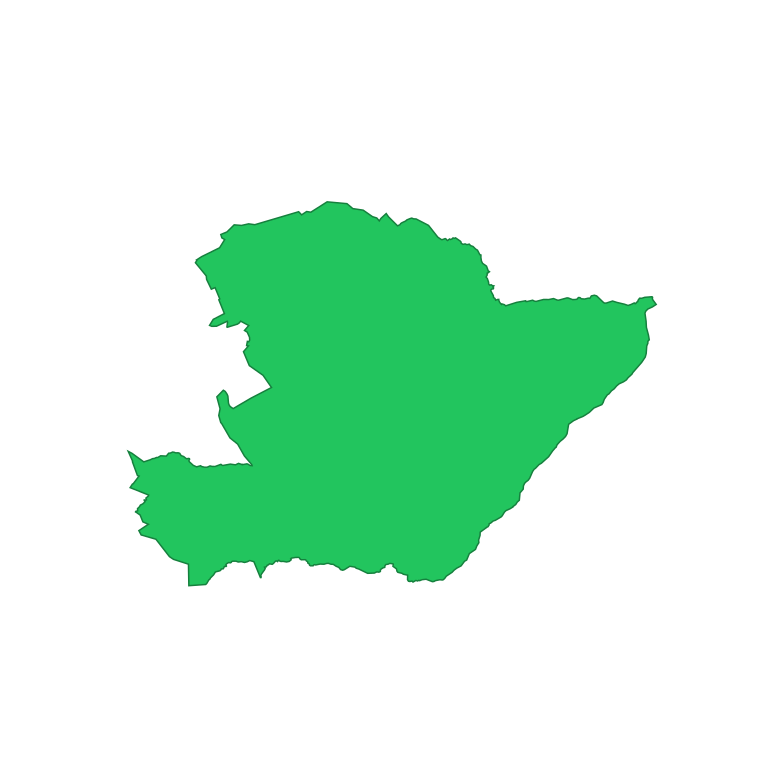 Mutare, Manicaland, Zimbabwe, rotated 248°
{"feature_id": "62879985B35185654442710", "entity_name": "Mutare", "entity_type": "district", "adm_level": 2, "iso_a3": "ZWE", "parent_name": "Zimbabwe", "parent_adm1": "Manicaland", "projection": "robinson", "projection_center": [32.311, -19.249], "detail": "fine", "context": "isolated", "style": "filled", "palette": "green", "viewbox_px": 768, "rotation_deg": 248, "n_neighbors": 0, "source": "geoboundaries", "source_scale": "gbopen_adm2", "svg_char_len": 6171}
<svg xmlns="http://www.w3.org/2000/svg" viewBox="0 0 768 768"><g transform="rotate(248 384 384)"><path d="M355.8,666.2L361.2,664.8L362.6,664.8L363.8,665.5L364.5,665.2L366.7,658.2L366.9,655.2L367.8,653.1L366.5,651.0L365.3,650.1L365.2,648.9L364.3,647.4L364.4,646.9L365.4,646.4L365.2,642.7L365.4,639.7L367.8,637.0L372.4,630.5L375.3,627.0L375.8,620.4L376.4,618.7L377.7,617.9L386.0,614.2L387.5,612.3L388.0,609.3L386.3,606.9L387.1,605.5L387.6,601.9L389.1,598.9L390.6,598.1L391.2,597.1L391.3,596.6L390.3,594.5L390.9,592.4L391.6,590.5L394.7,587.1L395.3,585.9L396.3,577.2L396.9,576.1L399.7,573.2L400.6,568.4L402.6,563.6L403.6,556.0L404.4,554.6L406.0,553.2L406.9,547.3L407.4,546.4L408.1,546.5L410.0,537.6L410.9,526.1L412.4,525.4L414.1,523.3L413.8,522.7L416.4,521.8L418.8,521.8L419.4,522.1L419.8,521.1L419.9,518.9L421.8,518.9L423.1,518.0L425.0,518.5L430.4,517.9L431.4,518.7L431.6,519.6L431.3,521.0L432.0,521.6L433.1,521.3L433.8,522.6L434.7,521.3L435.9,520.5L436.0,519.1L437.3,518.5L439.3,519.1L443.1,519.3L444.9,518.7L446.3,520.4L448.2,521.3L448.1,522.1L448.5,522.3L448.2,522.3L448.6,523.9L448.9,523.8L449.2,523.0L454.9,523.2L458.9,520.6L461.5,520.4L464.9,521.2L467.3,522.2L468.0,521.3L473.1,520.8L474.8,519.5L478.1,518.1L479.8,516.2L481.8,515.4L481.9,514.0L482.5,512.6L483.5,511.7L483.9,509.5L485.6,508.3L486.8,508.6L488.0,508.2L492.7,505.1L492.7,503.9L493.6,502.7L493.1,501.7L493.0,499.9L493.9,499.1L493.2,496.7L493.6,496.3L495.1,495.9L495.9,495.2L496.0,492.3L496.4,491.3L500.0,488.9L514.4,484.7L525.0,475.6L526.0,473.4L527.4,471.9L527.6,470.4L527.6,466.7L527.0,465.0L526.8,461.0L526.5,459.5L525.7,458.5L525.6,455.8L537.3,450.8L541.2,449.9L538.7,443.2L537.0,440.7L540.6,439.5L543.5,436.0L553.0,429.8L558.3,420.8L565.1,417.2L574.2,399.5L570.7,380.5L572.9,376.9L571.7,371.0L575.7,369.4L580.1,323.9L583.2,318.5L584.4,311.3L587.7,304.7L583.8,295.3L583.8,288.7L580.2,288.4L577.6,290.4L571.9,282.6L570.4,262.6L569.4,257.4L569.3,257.6L567.1,254.6L550.8,259.7L547.4,258.7L536.6,259.4L536.6,263.5L524.4,263.6L524.0,262.4L509.1,262.4L507.9,249.9L503.7,244.2L502.0,245.9L500.3,250.3L500.9,262.1L500.0,262.1L495.7,259.7L495.3,260.1L494.4,270.6L494.9,272.8L496.0,274.6L488.9,280.5L485.9,274.7L483.3,276.6L477.7,276.8L475.0,275.9L473.8,274.4L474.7,273.3L471.1,271.0L470.1,272.6L466.6,265.8L451.5,266.0L437.4,275.1L422.9,278.4L420.7,255.3L417.7,234.9L420.8,232.9L423.0,232.5L424.7,232.7L431.2,234.7L433.2,234.7L436.6,234.0L438.4,232.7L434.7,224.2L422.4,222.7L416.7,219.0L409.4,218.2L408.0,218.7L391.7,221.0L383.1,225.8L369.6,227.6L358.8,231.2L357.7,231.1L358.6,229.3L360.7,227.8L361.3,227.0L362.3,222.4L362.6,222.5L363.0,221.6L364.9,219.4L364.7,216.0L367.3,211.5L368.8,204.2L369.2,203.5L370.6,202.7L370.8,196.5L372.0,193.7L373.2,192.0L373.1,188.9L374.1,186.4L375.9,183.9L376.9,183.4L377.4,179.2L380.0,176.7L384.8,174.4L385.9,174.3L387.1,175.6L387.7,175.6L388.2,175.0L388.6,173.1L389.2,172.5L391.8,171.1L393.6,169.1L396.3,168.6L397.3,167.4L398.2,165.0L399.2,164.0L400.1,162.5L400.0,160.0L400.5,158.4L398.7,155.2L401.1,150.0L400.6,146.8L401.1,145.5L401.0,143.3L401.5,141.4L401.3,139.0L401.8,132.1L414.1,124.4L417.4,121.6L406.7,122.0L406.1,121.6L391.6,121.1L390.4,122.4L385.4,114.0L385.5,113.3L383.0,109.8L369.2,124.2L368.4,123.5L367.4,120.5L365.6,120.4L365.6,119.6L366.3,118.3L365.7,118.0L364.7,118.5L364.2,118.0L363.2,115.4L363.0,112.8L361.7,111.1L360.8,108.8L358.7,108.1L358.9,106.1L358.5,105.7L353.9,108.8L346.5,108.8L342.2,113.0L339.9,101.8L335.0,102.3L325.5,114.4L304.3,120.4L300.3,123.1L290.2,135.2L270.1,127.5L264.9,143.6L265.5,145.0L268.0,148.2L268.2,149.3L269.2,150.5L270.9,154.5L272.9,157.3L272.3,161.9L272.7,163.1L273.4,163.8L272.9,165.8L274.6,167.7L274.0,169.3L274.2,169.7L275.8,169.8L276.4,171.1L276.6,173.3L275.8,174.3L275.8,175.5L276.4,176.2L276.4,177.4L275.1,180.5L273.6,182.1L272.7,185.2L270.8,187.8L270.4,190.6L270.6,193.4L268.0,196.8L250.8,196.9L250.6,197.4L251.2,197.9L252.0,197.6L253.7,199.2L256.5,203.7L257.6,204.8L258.9,204.6L258.6,206.5L259.7,207.8L259.6,209.1L260.2,210.4L258.7,212.8L259.0,214.2L260.4,217.0L260.2,218.1L259.2,218.8L260.0,219.9L260.0,220.5L259.0,220.9L258.0,222.0L257.4,223.9L255.5,227.0L255.0,229.7L255.8,232.1L256.9,232.0L257.2,233.0L256.4,236.7L255.4,239.5L254.8,240.4L252.9,240.7L252.0,241.5L250.6,245.2L250.1,245.6L249.1,245.7L247.8,246.6L246.5,246.3L245.1,247.3L243.9,247.1L243.0,247.7L242.0,250.2L242.6,251.2L242.6,251.7L241.8,252.9L241.0,257.3L239.4,260.8L239.1,263.7L238.6,265.2L236.8,267.3L235.8,269.4L233.0,271.3L230.9,273.4L228.2,274.2L227.3,275.3L226.8,276.0L226.7,277.8L227.8,284.0L225.1,288.5L223.6,289.2L222.0,291.2L214.6,297.9L212.3,304.3L212.5,306.9L211.5,308.7L211.4,309.8L211.7,310.5L212.8,310.9L213.4,311.8L213.9,314.1L213.7,316.0L215.3,316.9L215.9,318.2L215.4,320.3L215.5,322.2L213.9,324.9L213.4,325.1L211.6,324.0L208.0,326.3L205.5,325.9L204.2,326.3L201.7,329.8L200.4,330.6L197.9,334.3L193.7,332.5L192.0,332.8L191.2,334.0L190.8,336.1L189.5,336.7L189.9,340.0L188.8,341.3L188.9,342.8L188.3,343.4L188.3,346.0L187.2,349.9L182.6,354.8L182.2,356.3L182.4,358.1L181.6,362.4L180.4,364.7L180.3,365.5L180.9,367.3L182.5,369.8L183.9,376.6L185.2,379.4L186.0,382.6L186.5,387.4L189.5,392.3L189.8,394.7L194.8,399.6L196.4,406.9L199.1,409.4L201.3,412.5L203.9,413.3L207.6,416.3L210.6,417.7L212.7,425.9L212.7,426.9L213.9,428.6L215.0,429.1L215.1,430.9L216.1,434.0L215.9,436.1L216.9,442.9L217.5,444.2L220.1,447.7L220.9,449.6L221.1,454.3L221.7,457.5L222.0,457.5L222.9,461.0L224.6,463.3L225.5,465.9L232.1,469.3L234.4,473.7L237.3,475.1L239.2,477.1L240.1,479.1L240.7,481.5L242.0,483.7L247.2,489.0L248.7,491.2L249.1,492.9L251.2,497.5L251.6,500.3L254.9,509.4L258.8,515.3L260.8,519.2L260.8,519.8L262.8,521.7L264.8,525.7L265.9,529.4L267.3,532.6L269.3,535.1L277.5,540.1L279.0,546.1L279.2,549.8L279.4,549.8L279.4,556.2L279.8,558.9L280.8,563.8L283.1,569.6L283.3,578.3L284.7,580.2L287.3,582.5L290.3,587.0L290.6,588.9L292.5,592.4L293.3,595.6L295.1,599.0L296.1,602.1L296.3,606.8L297.0,610.3L298.4,612.6L300.2,617.5L301.4,619.0L307.5,631.0L311.1,636.3L314.0,638.5L320.9,641.9L322.9,643.9L324.7,644.6L325.6,646.5L330.2,647.5L338.2,648.5L344.0,650.5L351.9,652.5L353.4,653.9L354.7,656.8L354.9,661.7L355.8,666.2Z" fill="#22c55e" stroke="#15803d" stroke-width="1.5"/></g></svg>